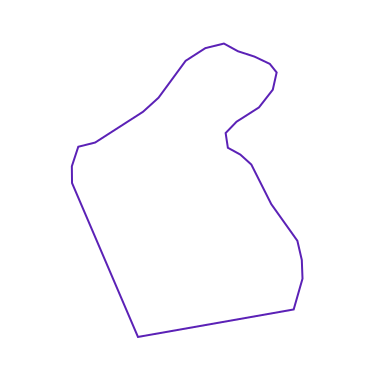 an SVG outline of Dobje, rotated 279°
{"feature_id": "SVN-252", "entity_name": "Dobje", "entity_type": "Municipality", "adm_level": 1, "iso_a3": "SVN", "parent_name": "Slovenia", "parent_adm1": "", "projection": "robinson", "projection_center": [15.416, 46.13], "detail": "fine", "context": "isolated", "style": "outline", "palette": "violet", "viewbox_px": 384, "rotation_deg": 279, "n_neighbors": 0, "source": "natural_earth", "source_scale": "10m", "svg_char_len": 483}
<svg xmlns="http://www.w3.org/2000/svg" viewBox="0 0 384 384"><g transform="rotate(279 192 192)"><path d="M91.9,310.8L40.4,161.3L182.1,72.1L198.6,69.3L218.9,72.6L225.7,88.6L263.6,131.1L279.9,144.2L320.6,165.2L336.2,182.7L343.6,200.3L338.2,215.4L335.5,232.5L330.7,248.8L323.3,256.9L305.7,255.8L286.0,244.9L268.4,225.0L255.5,216.0L241.3,220.5L236.5,233.9L228.4,246.3L192.4,272.2L160.3,303.7L142.0,311.1L123.7,314.7L91.9,310.8Z" fill="none" stroke="#5b21b6" stroke-width="2"/></g></svg>